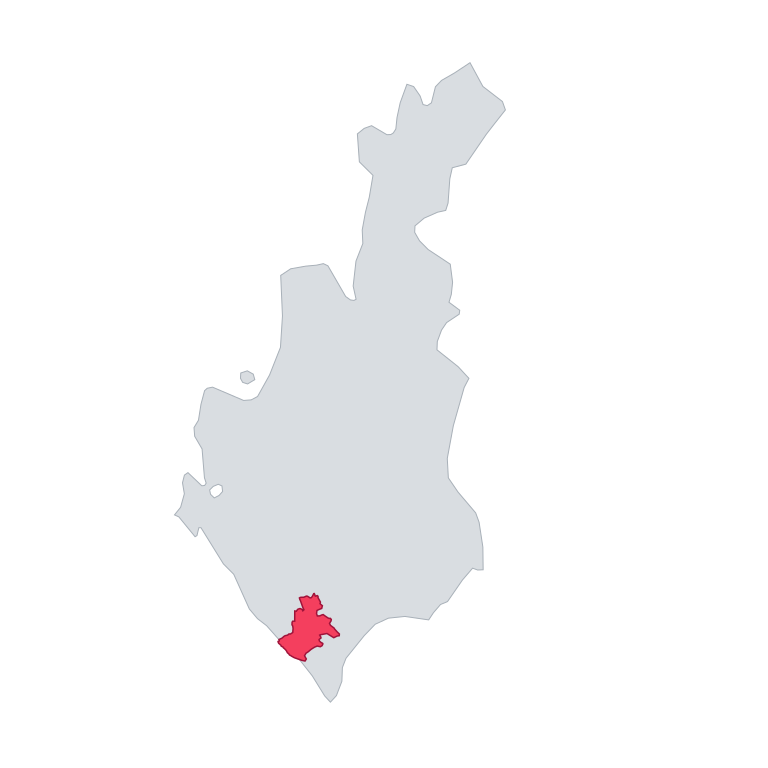 Ashotck, Shirak, Armenia shown in context, rotated 239°
{"feature_id": "60910142B98971197356492", "entity_name": "Ashotck", "entity_type": "district", "adm_level": 2, "iso_a3": "ARM", "parent_name": "Armenia", "parent_adm1": "Shirak", "projection": "equal_earth", "projection_center": [43.919, 41.033], "detail": "fine", "context": "in_parent", "style": "filled", "palette": "rose", "viewbox_px": 768, "rotation_deg": 239, "n_neighbors": 0, "source": "geoboundaries", "source_scale": "gbopen_adm2", "svg_char_len": 3823}
<svg xmlns="http://www.w3.org/2000/svg" viewBox="0 0 768 768"><g transform="rotate(239 384 384)"><path d="M345.1,459.7L339.7,450.9L312.6,422.0L287.6,399.9L270.4,390.8L253.2,391.8L226.3,396.2L216.5,394.3L193.2,384.7L173.7,373.3L176.3,368.5L180.5,365.1L175.6,350.3L164.8,326.4L165.9,318.9L162.5,308.6L158.8,300.8L174.0,282.2L181.0,267.2L182.6,252.7L178.5,237.5L168.5,210.2L162.4,202.3L150.9,194.8L141.4,182.7L138.9,174.2L147.1,172.5L170.7,172.2L193.5,169.3L211.4,163.7L237.3,158.9L248.0,154.7L260.5,152.7L298.3,157.2L312.5,153.7L355.1,153.1L356.2,151.3L350.4,145.6L350.4,143.4L375.8,139.7L379.7,137.0L383.1,146.2L392.7,156.3L403.1,160.4L408.7,166.0L409.0,170.3L390.6,175.4L389.4,178.0L390.6,180.5L396.1,181.8L422.0,194.6L436.7,194.8L444.5,198.7L448.5,206.3L460.9,216.7L470.7,226.8L471.4,230.3L469.6,235.4L442.2,255.2L438.8,262.0L438.4,269.2L450.7,290.6L468.7,314.1L494.6,332.0L530.3,351.4L530.8,363.4L525.3,377.7L520.6,387.4L518.4,394.0L514.2,396.8L478.7,396.2L473.4,398.5L471.1,401.3L471.0,403.7L483.8,408.0L503.8,423.3L515.3,438.2L527.3,444.7L540.8,456.6L551.7,467.6L568.5,482.0L587.1,477.3L612.1,490.0L613.3,498.7L611.8,506.4L596.2,514.9L594.3,518.4L594.4,521.3L596.5,525.5L605.7,532.4L616.7,542.7L629.1,558.0L623.7,562.6L612.3,563.3L603.4,561.4L600.3,564.5L600.6,569.5L612.3,581.2L614.6,589.7L614.3,604.5L615.1,623.2L588.1,622.0L565.1,631.0L556.4,629.2L550.4,613.3L545.4,600.4L530.3,567.4L534.2,553.9L526.0,546.1L506.1,532.1L501.0,526.3L503.7,518.3L505.5,503.8L503.6,492.0L498.2,488.4L488.4,488.2L476.5,491.1L452.6,502.5L435.9,495.2L426.2,487.9L420.6,481.8L408.2,486.9L405.1,484.4L404.4,469.3L400.6,461.1L393.0,451.6L386.0,447.0L360.5,456.5L345.1,459.7ZM383.4,190.3L384.2,184.9L383.0,180.0L378.8,178.5L373.8,179.8L373.4,185.2L375.0,190.3L380.1,192.6L383.4,190.3ZM465.7,273.6L459.8,277.0L454.3,275.5L454.3,267.1L458.2,263.7L462.8,263.9L467.2,266.9L465.7,273.6Z" fill="#d9dde1" stroke="#a8b0b8" stroke-width="1"/><path d="M244.2,201.3L242.8,200.9L241.0,200.7L240.5,200.6L234.0,199.3L231.7,199.1L231.4,197.6L232.8,197.7L234.4,196.8L235.0,195.8L235.3,194.0L235.0,193.2L234.7,192.5L234.4,191.9L235.4,190.6L226.7,185.3L227.7,183.5L227.1,182.5L225.0,181.1L223.5,181.1L221.2,180.1L218.0,177.8L217.9,175.0L218.7,173.8L218.4,172.0L219.2,169.6L219.2,168.2L218.7,165.7L219.1,162.4L218.5,162.3L218.0,162.1L217.7,161.9L217.7,161.5L217.9,160.9L217.9,160.6L217.5,160.4L217.0,160.3L216.5,160.2L216.0,160.2L215.5,160.3L214.9,160.6L214.4,160.7L213.9,160.8L213.5,161.0L213.1,161.1L212.4,160.9L212.1,160.9L211.9,161.1L211.2,161.5L210.8,161.9L210.2,161.9L209.5,161.9L208.8,162.3L208.2,162.4L207.1,162.7L206.0,162.9L204.8,162.9L204.0,162.8L203.2,162.8L202.9,163.0L202.2,163.2L201.6,163.4L201.0,163.4L200.4,163.4L199.8,163.8L199.0,164.3L198.4,164.5L197.6,165.0L196.3,165.7L195.4,166.3L194.5,167.0L194.0,167.5L193.6,167.8L193.0,168.2L192.5,168.7L191.7,169.4L191.3,169.6L191.1,170.0L190.7,170.2L189.6,171.1L188.9,171.8L187.8,173.0L187.7,173.1L187.4,173.4L187.2,173.7L188.3,175.8L192.0,175.9L192.5,176.9L193.4,178.5L193.5,181.2L194.1,184.8L194.2,189.1L194.0,190.1L193.8,191.7L191.6,194.1L191.6,196.2L192.7,197.8L193.5,197.8L194.5,197.1L196.1,196.5L197.1,196.3L198.4,196.7L198.6,197.7L198.6,198.9L199.4,199.5L201.9,199.5L201.9,200.1L199.5,206.6L192.4,210.3L192.1,214.0L191.3,216.0L192.7,217.0L195.6,216.2L199.2,215.5L200.6,215.5L202.5,214.7L204.7,213.8L206.9,214.0L208.2,216.6L209.4,217.6L210.9,217.2L211.3,216.2L212.5,215.4L215.3,214.1L217.7,213.1L218.1,211.6L218.3,209.6L219.5,207.4L221.9,207.9L224.4,209.9L224.2,212.0L223.7,215.0L225.7,217.0L228.6,216.0L229.8,217.2L234.8,217.4L236.0,218.1L237.0,217.8L237.4,216.1L238.0,215.8L239.1,216.2L240.3,216.3L240.5,215.8L238.8,213.1L238.3,211.6L238.7,210.5L241.5,209.1L242.2,208.2L242.5,205.5L243.7,203.4L244.1,202.6L244.2,202.2L244.2,201.3Z" fill="#f43f5e" stroke="#9f1239" stroke-width="1.5"/></g></svg>